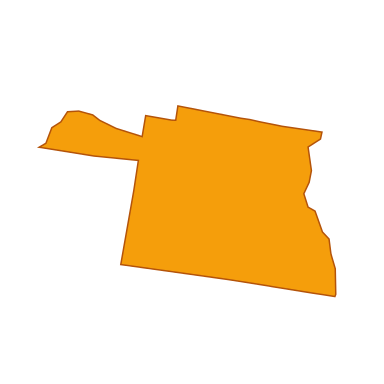 the district of Houston, Alabama, United States of America, rotated 9°
{"feature_id": "52423323B72584832166287", "entity_name": "Houston", "entity_type": "district", "adm_level": 2, "iso_a3": "USA", "parent_name": "United States of America", "parent_adm1": "Alabama", "projection": "mercator", "projection_center": [-85.275, 31.156], "detail": "fine", "context": "isolated", "style": "filled", "palette": "amber", "viewbox_px": 384, "rotation_deg": 9, "n_neighbors": 0, "source": "geoboundaries", "source_scale": "gbopen_adm2", "svg_char_len": 772}
<svg xmlns="http://www.w3.org/2000/svg" viewBox="0 0 384 384"><g transform="rotate(9 192 192)"><path d="M133.0,274.8L242.0,272.8L281.7,272.8L282.7,272.8L282.8,272.8L285.6,272.9L324.9,273.0L326.1,273.0L327.4,273.0L336.7,272.9L337.1,272.9L338.3,272.9L339.8,272.9L349.5,272.9L350.0,270.6L345.5,245.4L340.1,234.0L338.8,231.1L334.7,217.0L327.1,211.1L316.5,191.6L309.0,188.8L302.7,176.2L306.2,164.1L306.6,152.2L299.6,129.4L310.6,119.6L311.0,112.5L270.8,113.0L248.4,112.1L237.9,111.4L228.5,111.5L164.6,109.2L164.7,123.7L160.7,124.2L142.0,123.9L134.3,123.8L134.1,145.1L107.2,141.1L89.7,135.7L81.9,131.4L67.5,129.8L56.5,132.2L51.5,143.3L43.5,150.4L40.1,166.7L34.0,171.7L89.6,171.8L134.1,169.2L134.3,199.7L133.0,274.8Z" fill="#f59e0b" stroke="#b45309" stroke-width="1.5"/></g></svg>